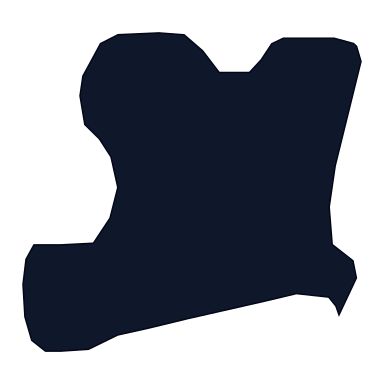 SVG path tracing the border of Aberdeen
{"feature_id": "GBR-2012", "entity_name": "Aberdeen", "entity_type": "Unitary District (city)", "adm_level": 1, "iso_a3": "GBR", "parent_name": "United Kingdom", "parent_adm1": "", "projection": "albers", "projection_center": [-2.195, 57.162], "detail": "fine", "context": "isolated", "style": "filled", "palette": "ink", "viewbox_px": 384, "rotation_deg": 0, "n_neighbors": 0, "source": "natural_earth", "source_scale": "10m", "svg_char_len": 696}
<svg xmlns="http://www.w3.org/2000/svg" viewBox="0 0 384 384"><path d="M361.0,61.5L335.2,165.9L329.2,207.0L332.2,244.5L353.0,260.8L356.4,278.0L339.0,314.9L335.9,306.1L328.7,297.1L296.4,293.6L266.2,300.8L218.3,311.7L187.0,318.8L149.9,327.8L117.7,335.0L88.4,349.3L61.0,351.1L45.4,351.1L31.7,340.3L24.9,316.8L23.0,284.4L26.0,259.3L33.9,244.9L60.2,244.9L93.4,243.2L110.0,218.1L117.8,187.5L111.0,156.9L99.4,138.9L84.8,124.5L80.0,95.8L82.9,76.0L89.8,63.4L100.5,43.6L118.0,34.7L158.9,32.9L184.1,34.8L202.7,50.9L219.2,72.5L234.8,72.5L249.4,72.5L261.1,59.9L271.8,43.7L283.4,38.2L298.0,38.2L310.7,38.2L334.1,38.2L353.5,43.5L356.6,46.4L361.0,61.5Z" fill="#0f172a" stroke="#020617" stroke-width="1.5"/></svg>